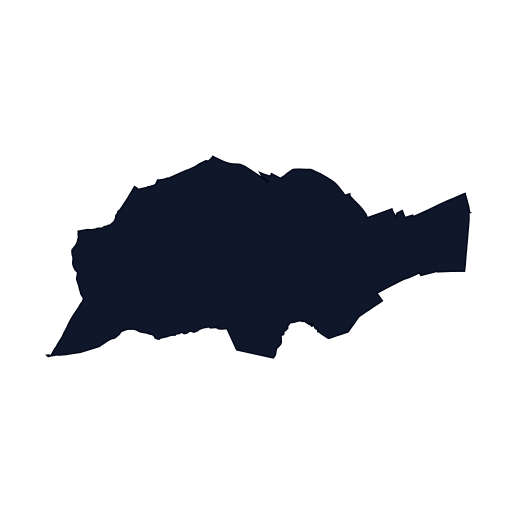 the district of Sarata, Bacau, Romania, rotated 355°
{"feature_id": "2599482B72000183415185", "entity_name": "Sarata", "entity_type": "district", "adm_level": 2, "iso_a3": "ROU", "parent_name": "Romania", "parent_adm1": "Bacau", "projection": "natural_earth1", "projection_center": [26.869, 46.503], "detail": "fine", "context": "isolated", "style": "filled", "palette": "ink", "viewbox_px": 512, "rotation_deg": 355, "n_neighbors": 0, "source": "geoboundaries", "source_scale": "gbopen_adm2", "svg_char_len": 5719}
<svg xmlns="http://www.w3.org/2000/svg" viewBox="0 0 512 512"><g transform="rotate(355 256 256)"><path d="M473.1,231.4L472.6,231.1L472.3,227.7L472.3,226.5L471.9,224.1L471.4,221.1L470.1,214.2L469.8,211.9L468.0,212.4L464.1,213.7L457.9,215.8L453.6,217.1L450.3,218.2L445.3,220.0L441.6,221.3L437.6,222.9L435.5,223.7L433.6,224.4L432.9,224.7L418.2,229.9L416.0,230.3L415.6,229.0L409.7,230.3L407.7,230.7L405.6,223.5L400.2,225.7L399.0,228.8L397.7,227.2L397.3,226.2L396.8,225.2L396.0,223.1L395.5,220.9L394.6,221.2L393.5,221.5L392.4,221.8L391.6,222.0L388.0,223.0L385.8,223.6L378.1,225.6L370.2,227.6L369.8,226.3L369.2,224.1L366.9,220.1L365.5,217.9L364.8,216.9L364.1,216.0L362.5,214.0L361.8,213.1L358.9,209.7L354.9,204.6L354.8,202.2L349.9,203.3L347.6,199.5L344.5,194.7L342.5,192.0L340.4,189.6L338.0,187.5L333.4,184.0L329.6,181.4L327.4,179.8L322.4,177.1L320.9,176.0L318.0,174.6L313.8,174.2L306.5,173.3L303.3,173.1L301.5,173.0L300.0,173.2L299.1,173.7L298.8,173.9L293.9,176.7L291.7,178.4L287.1,180.8L279.8,176.1L278.6,175.3L278.1,176.2L277.7,177.1L277.3,177.8L273.9,176.5L269.6,174.6L267.2,173.2L267.7,174.4L268.4,176.2L269.0,177.4L269.9,178.6L271.4,179.9L273.3,181.4L274.2,182.4L274.8,182.8L274.4,183.5L271.2,180.7L263.5,174.3L261.0,172.3L258.5,170.3L252.7,165.8L250.7,164.7L247.9,163.3L244.5,162.8L241.3,162.4L237.4,161.5L232.4,159.4L229.3,157.6L225.9,155.6L221.6,153.0L221.2,153.6L220.0,154.9L218.1,156.4L216.4,157.8L215.8,157.6L215.7,157.1L215.5,156.9L215.1,157.0L214.6,157.6L214.2,157.9L213.9,157.8L214.4,157.2L215.0,156.5L207.2,159.5L204.3,161.2L201.1,162.5L198.6,163.4L196.3,164.2L194.5,164.6L192.2,165.3L189.5,166.2L188.0,166.7L186.2,167.3L185.5,167.6L182.5,168.6L182.2,168.7L180.5,169.3L179.6,169.6L175.2,171.1L174.7,170.7L171.1,171.6L166.3,171.9L164.7,171.7L162.6,175.4L162.1,176.1L159.8,176.9L157.8,177.2L156.0,177.7L153.9,177.7L153.8,178.6L151.5,178.4L150.5,178.6L149.4,178.7L146.9,179.1L145.8,179.3L145.3,179.4L144.0,179.1L143.4,178.1L143.1,177.9L142.5,177.4L141.0,176.3L139.9,178.0L139.3,178.7L138.6,179.8L137.4,181.4L135.9,183.6L135.3,184.3L134.9,184.9L134.3,185.7L134.0,186.2L132.8,187.8L131.7,189.2L131.4,189.6L128.6,193.1L128.1,193.8L127.2,194.9L125.8,196.6L124.6,198.1L122.4,199.6L121.6,201.8L120.8,202.5L120.1,203.2L119.7,204.5L119.4,206.2L118.4,208.1L117.8,208.9L117.2,209.8L116.2,210.4L114.0,212.0L113.8,212.6L111.9,212.5L109.2,213.5L107.4,213.5L106.1,214.4L104.2,215.0L101.8,214.6L99.4,214.8L98.9,215.4L96.4,215.3L95.7,215.7L92.6,215.3L90.4,215.0L85.8,215.4L81.1,215.8L80.9,216.4L81.2,217.5L80.7,218.4L80.8,219.5L80.8,221.1L80.6,222.7L79.7,224.6L79.3,226.5L78.1,228.5L76.6,230.5L73.3,233.8L73.1,235.3L73.0,236.3L73.1,237.6L73.0,238.8L73.5,240.2L73.6,242.0L73.3,244.4L72.8,247.0L72.9,248.7L73.3,250.5L74.3,253.3L74.9,254.4L77.0,256.9L76.2,259.8L75.5,262.1L75.4,263.9L76.2,267.3L76.9,270.2L77.3,273.3L78.0,276.7L78.1,278.2L78.6,279.3L80.0,281.9L80.4,283.4L79.3,286.2L76.8,288.9L74.6,292.2L71.8,295.6L68.6,299.6L65.9,303.3L63.3,307.4L60.9,311.6L58.1,315.8L56.2,319.3L53.8,322.5L51.1,326.1L48.9,329.4L47.6,330.7L47.4,331.0L46.8,331.8L45.1,334.4L44.2,335.7L43.5,336.9L43.1,337.4L42.1,337.0L40.5,336.5L40.2,336.5L38.9,336.6L39.2,337.0L40.2,338.0L45.3,337.4L46.2,337.3L47.0,337.2L48.9,337.1L50.9,337.5L52.6,337.5L57.7,337.6L59.8,337.4L66.3,337.0L72.8,336.6L91.8,332.5L101.4,327.2L103.1,326.4L105.7,325.7L107.3,325.5L108.7,325.0L111.6,323.0L113.2,321.8L114.4,320.0L116.4,319.0L118.9,318.4L120.7,317.9L122.6,317.7L125.8,318.0L127.7,318.2L130.2,319.0L131.7,320.0L133.3,321.1L136.2,322.1L140.7,323.2L142.7,324.3L145.6,325.1L147.5,326.5L147.9,327.7L148.3,328.7L149.6,329.6L150.8,330.1L152.2,330.4L154.2,329.1L155.4,329.2L159.9,328.6L164.5,327.5L168.7,327.7L169.1,326.8L173.0,326.5L175.1,325.3L177.8,327.1L180.3,326.8L182.0,325.8L183.8,325.0L186.0,325.7L187.1,326.4L189.2,326.1L191.7,325.2L193.0,324.0L194.9,323.6L198.6,322.7L200.3,322.9L202.2,322.2L204.3,323.6L209.5,323.7L210.5,324.0L212.9,325.4L216.3,325.8L220.8,325.8L228.6,347.8L264.3,359.0L265.9,357.3L266.7,356.0L268.3,350.0L271.6,347.3L272.8,346.0L273.7,344.0L273.8,342.6L273.6,341.3L274.0,340.3L274.0,339.1L273.8,338.0L274.2,337.0L275.2,336.8L276.1,336.9L276.8,336.2L277.0,335.6L276.8,334.6L277.4,333.7L279.0,332.7L280.2,331.6L281.2,330.9L281.3,329.2L281.8,328.0L284.4,325.4L288.2,325.3L289.9,324.9L294.2,324.2L295.8,325.0L298.9,325.3L299.7,326.2L302.0,327.8L302.4,328.2L302.8,328.7L303.5,328.6L303.9,328.2L304.1,328.0L304.3,328.2L304.5,328.5L304.8,328.5L305.1,328.5L304.7,328.8L304.5,329.1L304.3,329.4L304.4,329.6L304.7,329.6L305.0,329.9L304.9,330.2L305.0,330.5L305.5,330.8L305.8,330.8L306.0,330.5L306.0,330.2L306.1,329.9L306.4,329.7L306.7,329.8L307.0,329.7L307.3,329.9L307.6,330.3L307.8,330.5L308.0,331.1L308.1,331.6L308.4,332.5L308.6,333.0L309.0,333.4L309.4,333.7L310.4,334.3L310.7,334.4L310.8,334.6L310.9,334.8L311.2,335.0L311.3,335.4L311.1,335.8L310.9,336.4L311.2,337.0L311.7,337.0L312.0,336.9L312.3,336.8L312.4,337.0L312.6,337.3L313.1,337.5L313.2,337.8L313.3,338.3L313.7,338.6L315.0,339.7L318.8,342.7L321.0,344.3L322.9,344.1L328.4,342.6L333.8,341.4L338.0,340.4L339.6,340.0L340.2,340.0L340.7,339.8L341.7,338.9L343.4,336.9L345.5,334.4L347.7,332.0L350.6,328.4L352.8,325.8L354.0,324.9L360.1,321.4L364.7,319.0L367.7,317.2L371.1,315.4L374.9,313.4L378.0,311.6L375.9,308.2L374.3,305.5L373.1,303.5L381.2,300.1L387.7,297.4L393.0,295.3L396.8,293.7L401.3,292.0L406.1,290.9L413.5,288.4L417.3,286.9L418.6,289.7L435.5,286.9L435.6,287.6L440.2,287.8L449.3,288.2L462.4,289.3L463.0,286.1L463.4,284.3L463.7,282.4L465.3,273.0L466.3,267.6L467.1,262.7L467.9,258.5L468.4,255.6L468.8,253.0L469.6,248.6L470.3,244.6L471.2,239.0L471.5,236.7L471.6,235.5L471.6,234.8L471.7,234.3L471.7,233.0L471.7,231.8L472.4,231.6L473.1,231.4Z" fill="#0f172a" stroke="#020617" stroke-width="1.5"/></g></svg>